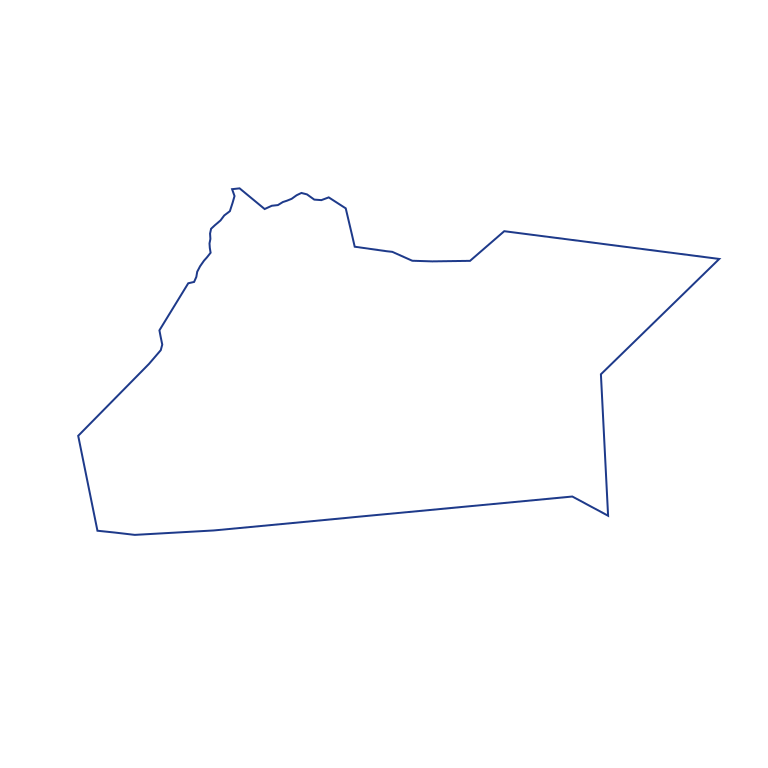 outline of Santo Inácio do Piauí, Piauí, Brazil, rotated 204°
{"feature_id": "56859067B9028675436442", "entity_name": "Santo Inácio do Piauí", "entity_type": "district", "adm_level": 2, "iso_a3": "BRA", "parent_name": "Brazil", "parent_adm1": "Piauí", "projection": "robinson", "projection_center": [-41.926, -7.457], "detail": "fine", "context": "isolated", "style": "outline", "palette": "blue", "viewbox_px": 768, "rotation_deg": 204, "n_neighbors": 0, "source": "geoboundaries", "source_scale": "gbopen_adm2", "svg_char_len": 886}
<svg xmlns="http://www.w3.org/2000/svg" viewBox="0 0 768 768"><g transform="rotate(204 384 384)"><path d="M602.0,500.2L597.0,494.9L596.0,487.8L595.1,479.2L598.5,473.0L599.9,466.9L603.1,460.2L605.1,455.5L604.1,450.7L601.6,445.9L600.6,441.5L598.5,437.5L595.8,433.4L597.3,427.5L598.6,423.5L599.9,416.8L600.3,410.6L599.0,405.5L599.0,400.0L603.8,396.4L611.0,341.7L607.4,336.5L602.6,329.8L601.7,324.1L606.9,306.7L642.3,212.3L586.1,133.4L569.2,138.9L550.3,144.8L479.9,181.0L364.2,246.2L356.3,250.7L257.4,306.4L166.2,357.8L125.7,354.8L189.8,481.1L128.6,634.6L336.3,572.5L355.5,531.5L389.9,515.6L408.3,508.1L430.2,508.1L435.5,506.4L466.6,497.5L473.8,507.1L490.4,528.9L510.4,532.0L516.0,526.5L522.7,524.1L531.5,525.9L537.2,524.9L540.6,520.9L543.7,515.6L547.3,511.9L550.4,509.1L553.7,504.3L559.0,501.2L564.2,495.3L595.5,504.0L602.0,500.2Z" fill="none" stroke="#1e3a8a" stroke-width="2"/></g></svg>